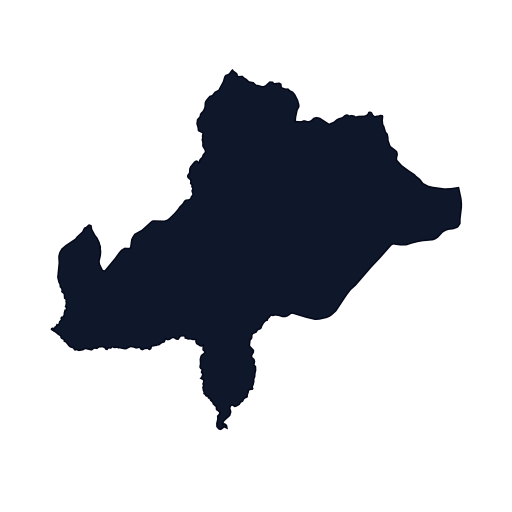 the district of Bobonaro, Bobonaro, East Timor, rotated 192°
{"feature_id": "22284137B12808122576881", "entity_name": "Bobonaro", "entity_type": "district", "adm_level": 2, "iso_a3": "TLS", "parent_name": "East Timor", "parent_adm1": "Bobonaro", "projection": "robinson", "projection_center": [125.346, -9.042], "detail": "fine", "context": "isolated", "style": "filled", "palette": "ink", "viewbox_px": 512, "rotation_deg": 192, "n_neighbors": 0, "source": "geoboundaries", "source_scale": "gbopen_adm2", "svg_char_len": 6117}
<svg xmlns="http://www.w3.org/2000/svg" viewBox="0 0 512 512"><g transform="rotate(192 256 256)"><path d="M439.7,141.1L438.4,141.0L438.2,140.6L436.6,140.2L433.1,138.4L430.4,137.4L429.6,135.6L428.6,135.0L426.3,134.5L425.8,132.8L424.0,132.5L420.0,129.2L418.8,128.6L415.4,128.2L413.9,126.6L412.8,126.7L411.6,127.4L410.3,126.8L409.2,127.0L405.7,128.4L404.7,129.5L403.5,130.1L397.4,130.0L395.2,132.4L392.4,132.6L391.9,133.0L391.7,133.7L389.6,135.0L389.0,134.8L387.6,135.6L386.3,135.2L385.2,135.3L383.3,133.6L382.2,133.7L381.5,135.5L378.9,135.8L378.0,137.1L377.0,137.6L375.8,137.0L372.8,137.9L371.3,137.6L370.8,138.0L365.1,138.0L363.3,138.6L362.5,139.7L361.4,140.2L360.2,141.4L356.6,141.6L354.2,141.2L350.9,142.5L349.6,141.7L349.1,141.0L347.6,140.8L345.4,142.6L344.5,142.6L342.9,143.3L341.2,142.5L340.6,142.5L339.7,143.6L339.5,146.3L337.2,146.9L336.5,147.6L335.0,147.8L334.2,148.5L332.6,149.0L330.2,151.7L328.0,152.9L327.2,156.6L325.4,155.8L323.5,156.4L321.3,158.6L319.5,159.3L316.5,158.2L314.9,158.4L313.5,161.7L312.7,162.3L310.2,162.9L309.2,162.9L308.6,162.5L308.1,161.0L306.9,161.1L305.1,160.7L302.8,161.4L300.4,161.2L297.6,161.9L297.2,161.7L297.0,159.8L295.9,158.1L294.5,157.5L293.6,157.7L293.2,157.0L291.8,156.6L290.4,156.7L289.7,157.6L289.0,157.9L288.3,153.4L287.9,152.9L286.1,152.0L285.9,151.5L286.0,150.8L286.8,149.5L288.5,147.6L288.9,146.4L289.0,143.5L287.8,138.9L287.7,135.8L286.7,134.6L284.9,133.9L285.2,131.0L283.3,129.3L283.9,126.0L284.6,124.9L281.6,124.1L281.0,122.1L281.0,120.6L281.3,119.8L280.3,119.1L280.6,116.4L279.4,113.5L278.2,111.9L278.4,110.9L277.9,110.4L276.9,110.2L276.1,109.1L275.2,108.7L274.0,109.1L273.1,107.5L270.3,106.3L270.3,105.4L267.8,104.0L267.1,102.5L263.4,100.3L262.9,98.1L262.5,97.5L260.5,96.7L258.7,95.4L258.9,93.6L260.2,91.4L259.4,88.6L259.5,84.1L258.7,80.9L257.9,80.6L256.7,79.3L254.9,79.0L254.1,79.4L251.7,82.3L248.6,81.6L249.7,84.2L251.6,85.2L252.7,85.1L253.6,84.6L253.9,85.5L253.1,88.4L248.6,94.6L248.3,98.3L250.2,101.9L249.6,104.4L248.9,105.1L247.7,105.3L245.6,104.4L244.1,105.2L241.7,107.3L240.7,109.9L239.0,111.2L238.3,113.8L237.4,114.9L235.7,116.0L235.4,116.7L235.8,118.7L235.4,120.2L235.4,123.0L234.7,124.0L232.0,124.9L231.6,125.6L232.6,127.1L232.1,130.0L232.1,133.0L232.7,135.1L232.2,137.7L232.7,141.0L232.6,144.1L233.5,147.7L235.5,149.0L235.5,152.5L236.4,154.2L237.1,154.8L238.5,155.4L239.2,156.2L239.7,158.0L238.6,161.3L238.9,163.2L243.1,166.1L243.9,167.1L244.4,172.6L243.4,174.1L243.2,175.2L243.7,177.9L243.0,179.5L240.1,181.6L239.2,184.1L237.0,185.6L236.2,186.5L235.9,188.9L234.9,192.1L233.2,194.8L231.6,195.6L231.6,197.2L230.3,199.0L229.3,201.3L227.5,201.3L224.5,202.5L221.2,202.7L217.7,202.3L215.0,202.8L212.8,204.1L209.9,207.3L208.2,207.8L194.1,206.6L184.9,206.4L180.8,207.6L174.3,210.6L171.9,212.3L170.1,214.1L166.6,218.9L159.4,237.1L156.7,242.8L152.8,248.1L141.1,269.4L134.4,280.4L126.3,294.8L124.6,296.4L116.9,297.0L111.3,298.3L106.7,301.0L101.0,303.8L96.6,305.6L86.3,308.8L84.3,310.2L82.3,312.2L78.7,318.2L76.1,320.6L73.5,322.2L69.0,323.7L65.5,325.8L64.6,326.8L63.3,330.2L64.2,334.5L65.3,346.4L66.0,349.9L67.5,354.7L72.1,365.0L79.0,362.4L85.4,360.7L97.5,359.8L102.1,359.9L107.8,361.5L111.9,365.0L116.4,367.2L118.0,368.4L124.4,370.9L132.5,374.6L138.5,379.0L139.0,381.0L139.0,384.8L140.0,387.0L141.0,387.8L147.7,391.0L151.0,396.5L151.6,399.1L153.0,402.4L155.2,404.0L158.0,409.3L159.3,410.6L160.7,414.6L161.2,418.9L161.6,419.4L163.6,419.3L165.2,418.2L166.7,417.9L168.9,416.7L171.3,418.0L172.8,420.0L174.3,420.4L175.5,419.8L175.7,418.3L177.0,416.4L179.2,415.1L184.5,413.9L187.4,412.4L188.8,413.1L190.5,413.2L192.0,413.1L194.3,412.0L195.4,412.8L196.8,412.7L198.3,411.6L199.6,409.8L200.9,408.7L203.2,407.6L205.1,406.1L207.5,403.0L211.0,400.6L211.6,399.8L222.3,403.9L225.6,403.9L228.0,402.7L229.9,399.9L231.7,398.5L233.1,398.0L237.1,398.2L239.3,396.8L240.6,396.4L245.7,395.7L246.2,400.5L246.2,407.3L245.2,410.9L245.5,412.5L247.7,416.8L251.5,421.6L254.2,423.8L257.1,424.5L259.5,425.9L261.6,425.3L265.7,425.7L266.7,427.0L267.4,429.2L269.2,429.8L274.4,428.1L275.9,429.4L278.6,429.0L282.0,424.3L283.7,423.2L285.1,422.8L289.9,423.1L291.4,422.8L294.7,424.9L299.3,424.8L302.1,426.6L305.1,427.7L306.7,428.8L310.1,427.8L311.7,427.9L312.4,429.8L313.2,430.5L316.7,432.1L317.6,433.0L318.2,432.3L319.7,428.8L321.0,427.5L322.9,426.4L323.7,424.8L324.1,419.6L326.8,410.3L330.1,407.6L331.8,404.1L332.2,403.6L334.3,402.5L336.1,399.2L337.1,397.0L337.4,395.3L336.8,391.4L337.0,389.0L337.9,386.1L338.9,384.8L339.7,382.9L339.5,381.6L339.8,380.1L341.5,377.3L341.2,373.1L339.1,369.2L338.6,367.3L338.1,366.6L334.7,365.8L333.6,365.4L333.2,364.8L333.3,362.4L332.6,360.1L332.8,358.7L331.5,356.0L330.8,352.5L328.0,349.5L327.0,347.5L327.1,346.7L328.5,344.2L329.1,341.0L330.4,339.2L330.9,337.9L330.6,336.3L330.9,335.4L331.6,335.4L332.7,336.3L334.2,336.4L335.0,335.7L335.7,334.9L338.3,329.8L338.8,327.8L338.2,323.3L339.4,320.8L339.3,319.5L338.5,318.5L335.8,317.0L335.2,315.5L335.0,313.4L333.3,312.3L333.1,310.4L332.0,309.6L331.7,308.4L332.1,306.4L330.4,303.4L330.5,302.3L331.5,300.5L331.7,298.3L333.5,296.8L335.9,296.1L336.7,295.4L337.3,294.5L338.2,291.8L340.6,288.2L341.8,285.2L344.2,280.7L348.3,274.6L350.1,272.5L352.9,270.9L363.8,268.9L365.0,268.1L372.7,257.5L379.0,252.0L380.3,248.7L380.9,246.1L380.3,237.9L381.9,236.8L385.9,236.2L388.6,233.7L390.3,230.7L393.0,224.5L400.5,210.2L401.7,209.6L403.5,210.2L407.5,215.4L408.5,218.2L408.4,224.1L409.0,228.2L409.7,230.1L410.3,233.0L411.2,234.2L412.3,236.5L415.3,240.4L418.2,242.9L422.3,247.8L423.7,251.3L425.3,251.6L426.0,251.4L427.9,248.6L429.5,247.6L430.5,243.5L435.0,237.1L435.9,235.0L444.0,226.7L447.3,222.4L448.5,218.5L448.7,215.3L448.5,213.8L447.0,208.3L445.4,194.0L443.1,189.2L441.7,187.6L441.0,185.2L439.3,184.0L438.7,183.0L438.4,180.7L435.7,179.3L434.4,174.9L432.5,174.1L432.3,171.8L431.6,170.6L431.6,167.9L431.8,166.8L430.6,166.2L430.3,164.2L430.6,163.6L431.5,163.3L431.6,160.4L431.2,157.5L431.7,157.3L431.6,156.3L433.4,155.7L433.7,154.6L432.9,153.1L434.3,151.0L434.6,148.0L435.4,147.3L436.4,147.5L436.8,145.2L437.6,144.9L438.1,143.2L440.0,143.0L440.7,142.5L440.9,141.9L439.7,141.1Z" fill="#0f172a" stroke="#020617" stroke-width="1.5"/></g></svg>